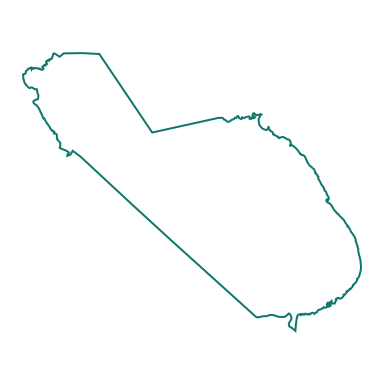 outline of Fataleka, Malaita, Solomon Islands
{"feature_id": "97153195B6337807626421", "entity_name": "Fataleka", "entity_type": "district", "adm_level": 2, "iso_a3": "SLB", "parent_name": "Solomon Islands", "parent_adm1": "Malaita", "projection": "natural_earth1", "projection_center": [160.885, -8.602], "detail": "fine", "context": "isolated", "style": "outline", "palette": "teal", "viewbox_px": 384, "rotation_deg": 0, "n_neighbors": 0, "source": "geoboundaries", "source_scale": "gbopen_adm2", "svg_char_len": 5823}
<svg xmlns="http://www.w3.org/2000/svg" viewBox="0 0 384 384"><path d="M23.0,75.5L23.4,77.1L23.2,77.9L23.4,79.0L23.9,80.0L24.1,81.6L25.4,84.1L26.0,84.5L26.1,85.1L27.5,86.2L27.6,86.6L28.4,87.5L29.4,88.0L30.1,88.1L31.1,87.4L31.9,87.4L32.6,87.7L33.1,88.2L34.8,89.2L36.7,89.2L37.2,91.1L37.5,93.1L38.4,95.3L38.3,96.2L38.3,97.8L37.9,99.1L37.6,99.4L36.1,99.5L35.8,99.8L34.9,100.1L34.3,100.7L33.8,100.8L33.5,101.2L33.3,102.0L33.4,102.6L34.6,104.0L37.1,105.8L37.6,106.7L38.5,107.5L38.5,108.0L40.0,110.6L40.5,112.2L41.1,112.8L41.4,114.1L41.9,114.5L42.3,115.4L42.7,117.1L43.2,118.1L43.5,118.5L44.0,118.2L44.3,118.3L44.5,119.2L45.0,119.9L45.1,120.4L46.3,121.9L46.9,123.5L47.3,124.0L47.8,124.2L47.9,124.6L48.3,124.9L48.5,125.5L49.9,127.3L50.0,127.9L50.3,128.2L50.5,128.9L51.4,129.7L51.6,130.1L52.1,130.3L52.2,130.7L52.6,130.6L53.3,131.5L54.2,131.6L54.3,132.1L53.8,132.5L53.9,133.3L54.2,133.2L54.3,133.4L56.2,133.9L56.8,134.7L56.9,137.4L57.2,138.2L57.1,138.8L56.9,139.0L60.4,143.1L60.2,146.6L59.8,148.0L66.6,150.9L68.8,152.4L67.5,154.6L67.3,155.9L70.4,154.7L72.7,150.8L80.8,156.9L132.5,204.9L170.7,239.9L255.8,316.7L257.5,317.5L262.5,316.3L266.9,316.1L270.1,314.9L273.6,315.1L278.4,316.8L283.3,317.0L285.3,316.6L288.9,313.5L289.8,313.9L291.3,317.0L291.5,318.6L290.4,320.8L289.1,322.9L288.8,324.4L289.3,326.4L291.7,327.8L295.4,330.9L296.0,323.6L296.7,318.6L296.9,317.4L297.7,315.3L298.8,314.5L299.9,314.3L300.3,314.4L300.7,315.1L300.8,315.0L300.8,314.2L301.0,314.0L301.8,314.2L302.3,314.0L302.3,314.3L302.8,314.1L303.4,314.7L304.2,314.7L304.6,314.5L304.8,314.0L305.1,313.7L305.6,313.7L305.8,314.0L306.3,314.2L306.7,314.3L306.9,314.1L307.3,314.4L307.9,314.3L308.7,313.8L309.0,314.0L309.3,314.5L309.7,314.5L309.9,314.1L310.4,313.9L311.0,313.3L312.6,312.7L313.7,313.0L314.4,313.9L314.9,313.4L316.1,312.4L317.0,312.2L317.3,311.8L317.7,310.6L318.4,310.0L319.4,309.7L320.0,309.4L320.5,309.5L322.2,308.4L323.1,308.3L323.4,307.5L323.8,307.2L324.1,307.5L325.8,307.7L326.6,306.9L327.1,307.0L327.9,306.6L328.7,306.7L329.1,306.3L329.6,306.2L329.9,306.3L330.7,305.5L330.1,304.5L329.6,304.4L329.4,304.6L329.1,304.4L328.1,304.5L327.6,304.6L327.5,304.8L326.9,304.8L326.8,304.3L327.1,303.7L327.2,303.9L327.4,303.7L327.5,303.4L327.9,303.4L328.1,303.0L330.7,301.8L331.2,301.6L331.6,301.1L331.8,302.3L331.1,302.8L331.0,303.5L331.2,303.8L332.4,303.4L334.6,303.6L335.3,302.1L335.9,300.1L336.3,300.2L336.6,299.6L336.5,299.0L336.3,298.7L337.5,298.0L338.5,297.8L338.9,297.9L339.3,298.4L340.0,298.7L340.4,298.7L342.1,297.8L342.9,296.9L344.1,295.1L343.7,294.7L344.0,294.5L344.6,294.8L346.8,292.2L346.6,291.8L346.5,291.3L346.8,291.2L347.1,291.7L347.3,291.6L348.6,290.4L349.1,290.0L349.3,290.0L349.5,289.7L349.4,289.5L350.1,289.2L350.1,288.8L350.6,288.8L352.5,286.7L353.0,285.7L352.9,285.1L353.4,285.0L354.8,283.2L355.1,283.2L355.9,282.5L357.3,279.7L357.1,278.8L357.8,278.6L359.2,276.1L359.6,274.9L360.0,273.0L360.6,271.1L361.0,268.2L360.9,265.2L360.4,260.1L358.4,252.2L358.2,249.4L358.3,248.9L358.0,248.5L357.6,247.1L357.7,246.4L357.4,246.2L356.4,242.9L355.6,241.1L355.8,240.7L355.5,238.8L354.5,237.0L354.3,236.3L350.8,231.4L349.9,229.2L349.1,228.2L348.4,226.7L347.8,226.6L348.0,226.4L347.8,226.0L345.0,222.2L343.6,219.5L342.1,218.4L341.4,217.5L340.2,216.5L337.8,213.7L337.3,213.7L335.4,211.2L334.1,209.9L331.5,205.5L330.4,204.1L328.4,202.6L328.0,202.6L327.2,202.1L326.5,201.3L326.4,200.0L327.0,199.4L327.8,200.4L328.4,199.3L328.7,199.3L328.8,198.5L328.5,196.9L327.3,195.4L327.3,195.1L326.5,193.4L326.4,192.6L325.7,191.3L324.8,190.8L324.2,189.6L324.2,188.4L323.5,187.7L323.0,186.5L322.6,186.2L321.4,184.5L319.7,181.0L318.3,178.9L318.4,176.9L318.2,176.5L317.6,176.4L317.4,176.0L317.5,175.3L317.3,174.9L316.0,174.0L315.9,173.3L315.6,173.3L315.1,172.9L315.2,171.6L314.0,169.3L313.7,168.9L312.7,168.3L311.3,166.7L310.6,166.5L309.1,164.9L306.8,161.2L306.7,160.6L305.8,158.4L304.7,156.3L303.2,155.2L302.7,155.0L302.0,155.1L301.4,154.9L301.2,154.3L300.1,153.9L299.7,152.9L299.1,152.4L297.9,150.5L296.6,148.9L293.0,145.8L291.5,145.0L291.2,144.9L290.3,145.8L290.0,145.5L290.6,144.0L290.8,143.0L290.7,142.2L289.9,140.6L289.0,139.7L288.0,139.3L287.5,139.4L284.7,137.7L282.8,136.9L281.9,137.0L280.8,137.5L279.3,137.8L279.0,138.1L278.5,137.6L278.3,137.1L278.0,136.9L277.7,137.0L276.8,136.1L275.9,135.8L275.3,135.3L275.0,135.3L274.3,134.8L273.3,134.6L273.1,134.2L273.4,134.0L273.4,133.7L273.1,133.4L272.4,132.0L270.9,131.1L270.5,131.1L270.3,130.9L269.7,129.5L268.7,129.3L268.1,128.7L268.8,127.2L268.4,127.0L268.2,127.2L267.8,129.4L266.1,130.0L262.9,128.9L261.4,127.5L259.7,125.4L259.2,124.1L258.6,120.9L258.8,118.9L259.8,116.8L260.1,115.1L260.7,115.0L261.4,114.6L260.7,114.0L258.5,115.1L257.1,114.7L256.0,115.4L254.1,113.2L253.1,113.6L252.5,114.9L253.4,116.1L254.9,117.5L253.0,118.4L252.0,117.5L250.9,119.0L249.6,118.7L249.9,117.8L249.5,116.5L248.3,116.6L246.3,116.9L244.1,118.1L242.3,117.3L242.0,117.5L242.1,118.2L241.5,119.0L240.4,118.7L239.0,118.0L238.5,116.5L237.9,116.0L237.3,116.4L236.1,118.0L235.0,117.7L234.6,118.5L233.9,119.0L232.6,119.6L231.3,119.9L230.5,120.9L229.2,121.6L228.0,121.9L226.7,121.3L225.9,120.4L225.0,119.7L224.0,119.6L223.3,118.5L222.4,118.0L220.8,117.7L219.5,118.0L218.4,117.9L152.2,132.5L99.3,54.0L82.1,53.1L63.7,53.4L60.9,55.8L59.6,56.7L54.4,53.4L53.3,53.7L53.1,54.1L53.0,55.5L51.5,58.9L50.9,59.2L50.3,59.0L50.1,59.4L49.7,59.8L49.3,59.7L49.0,60.2L49.0,60.7L48.5,60.6L48.1,60.1L47.7,60.5L47.3,61.1L46.5,61.0L46.1,61.7L46.2,62.7L47.1,64.0L46.5,64.4L45.9,64.5L45.6,65.2L45.1,65.6L44.7,64.9L43.1,66.1L42.3,67.0L43.5,68.7L42.8,69.6L41.7,69.9L40.7,69.4L39.8,68.6L39.5,69.0L39.1,69.1L36.9,68.1L34.2,68.5L34.1,68.0L33.8,68.0L33.2,68.7L32.6,68.6L32.2,67.8L31.9,67.7L31.8,68.6L31.5,69.5L30.6,67.8L28.4,68.7L27.6,69.3L27.5,70.2L26.3,70.7L25.7,71.7L25.6,72.3L25.8,72.7L25.5,73.5L24.8,74.0L23.4,74.1L23.0,75.5Z" fill="none" stroke="#0f766e" stroke-width="2"/></svg>